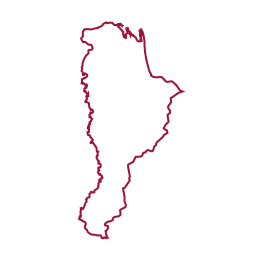 outline of Rincón, Treinta y Tres, Uruguay, rotated 264°
{"feature_id": "84410073B13933274344370", "entity_name": "Rincón", "entity_type": "district", "adm_level": 2, "iso_a3": "URY", "parent_name": "Uruguay", "parent_adm1": "Treinta y Tres", "projection": "natural_earth1", "projection_center": [-53.628, -32.866], "detail": "fine", "context": "isolated", "style": "outline", "palette": "rose", "viewbox_px": 256, "rotation_deg": 264, "n_neighbors": 0, "source": "geoboundaries", "source_scale": "gbopen_adm2", "svg_char_len": 5712}
<svg xmlns="http://www.w3.org/2000/svg" viewBox="0 0 256 256"><g transform="rotate(264 128 128)"><path d="M181.3,87.4L178.3,86.9L177.3,86.5L176.8,87.4L177.4,88.2L177.3,88.6L175.0,90.1L175.0,90.7L175.7,91.1L175.7,91.4L174.2,91.7L173.6,91.4L173.9,90.7L172.4,90.6L172.6,89.6L171.9,89.4L171.5,88.6L170.4,88.8L169.2,88.2L168.7,88.7L168.7,89.1L169.2,89.4L169.1,89.6L166.9,90.3L166.5,91.0L165.9,91.4L166.5,91.9L165.0,91.8L164.7,92.5L164.7,92.2L163.8,92.0L163.7,91.5L164.4,91.0L164.1,90.5L164.4,90.3L163.9,89.8L161.0,90.3L159.9,88.9L158.5,88.3L158.3,88.9L158.6,89.2L156.8,91.7L153.5,91.6L152.5,92.0L151.9,91.9L150.9,92.8L149.6,92.9L149.6,93.1L150.1,93.5L150.1,94.0L149.6,94.2L149.3,94.8L148.2,95.0L147.2,94.7L146.6,93.5L146.6,93.2L147.2,92.8L147.2,92.2L146.0,92.3L145.7,91.6L145.0,90.9L144.0,91.1L142.7,90.8L142.6,91.1L143.0,91.3L142.9,91.8L142.4,91.6L140.8,93.3L139.2,92.0L138.3,91.8L137.8,90.4L136.6,90.1L136.5,90.6L135.9,90.8L135.3,89.5L134.3,88.9L133.9,89.0L134.1,89.5L133.9,89.7L132.3,89.2L132.5,88.7L133.0,88.7L133.0,88.2L131.9,88.1L131.0,88.5L130.6,89.1L130.1,89.1L129.3,88.8L128.0,88.7L128.0,88.2L128.3,88.1L128.2,87.4L126.5,87.2L125.2,87.6L124.7,89.1L123.8,89.7L123.1,89.4L121.6,90.8L119.7,91.8L119.3,91.6L118.5,90.0L117.1,89.2L116.7,89.9L117.4,91.0L116.7,91.9L114.7,92.8L113.9,93.6L113.0,93.6L112.2,94.5L108.0,94.6L107.6,94.9L107.5,95.8L106.1,95.1L104.5,94.9L104.1,95.1L103.7,94.9L103.5,94.1L102.4,94.0L102.1,93.6L99.6,94.3L99.2,94.8L98.5,94.8L98.2,95.5L97.8,95.6L96.6,94.8L95.7,94.8L95.3,95.8L95.4,96.5L94.5,97.0L92.4,96.8L91.8,96.3L91.6,95.3L91.8,94.5L91.4,94.2L90.8,94.1L89.6,94.5L89.3,94.4L89.0,95.0L88.7,95.1L87.9,93.7L86.6,93.6L85.6,94.5L84.9,94.5L84.6,94.7L84.9,95.6L83.8,95.9L83.4,96.9L82.5,96.9L81.5,97.5L80.5,96.8L80.6,95.8L79.7,94.1L78.5,93.9L78.5,94.3L79.2,95.0L78.9,95.4L78.0,95.3L77.4,95.0L76.8,93.4L76.2,92.9L75.5,92.7L74.8,92.9L73.8,92.3L72.4,92.4L71.3,91.4L70.8,91.0L69.5,88.3L68.9,87.9L67.9,87.9L67.4,87.2L67.7,85.7L68.4,85.0L68.2,84.3L67.2,84.0L66.2,82.7L63.4,82.6L63.1,82.2L62.9,80.2L61.8,79.8L61.3,78.8L59.7,79.2L59.1,79.0L58.3,78.1L55.1,76.6L52.4,75.0L52.2,74.7L52.4,74.1L53.5,73.3L53.2,72.6L52.2,72.9L51.1,72.4L50.3,72.5L49.8,72.0L47.8,72.0L45.8,71.4L45.5,72.0L44.7,71.6L45.2,71.2L45.0,70.7L42.4,69.9L41.4,71.9L40.9,72.7L40.2,73.0L38.9,75.4L37.6,76.0L36.8,76.0L35.3,75.1L32.9,74.8L30.7,76.6L28.9,77.1L28.1,77.7L26.5,79.6L25.8,80.8L25.4,83.3L24.7,85.3L24.2,87.5L24.3,88.5L23.7,89.8L23.0,90.2L21.3,90.4L20.9,92.0L21.8,93.0L20.8,94.5L21.1,95.2L21.0,96.3L24.1,95.1L28.0,95.0L28.2,95.8L30.3,97.6L32.3,97.9L33.0,96.8L33.5,95.1L34.7,95.0L35.9,96.0L37.0,98.4L37.0,100.5L37.9,103.0L39.9,103.8L41.0,105.4L41.2,109.5L42.4,111.4L44.6,111.7L46.9,111.4L48.0,112.9L49.5,117.1L51.7,117.9L55.5,116.8L59.4,117.4L68.5,116.7L69.0,118.7L75.8,124.3L77.8,123.9L79.6,124.8L88.2,124.1L91.1,124.1L92.0,125.2L93.7,129.6L98.5,132.6L98.2,137.7L99.1,139.2L101.8,140.7L101.9,142.9L102.9,143.4L104.0,145.4L102.3,149.4L102.9,150.5L107.0,152.3L108.0,154.0L110.4,154.7L115.4,161.7L117.2,162.9L118.9,166.7L121.8,166.3L122.5,164.9L124.0,163.5L127.3,165.7L129.9,169.0L136.9,168.7L138.7,171.4L140.9,171.5L143.7,170.0L145.4,170.2L149.1,173.6L153.3,173.6L154.2,175.7L157.6,181.7L158.6,186.1L159.5,184.3L160.6,183.3L165.6,180.5L165.9,180.0L166.2,180.1L169.8,176.6L169.9,174.5L169.7,172.3L170.2,170.6L171.5,169.5L172.1,169.4L172.3,169.0L173.1,168.7L173.7,167.8L174.9,167.2L175.3,165.8L175.5,160.6L176.4,158.2L177.6,156.4L177.1,155.9L177.7,156.4L178.8,156.7L182.4,155.1L194.6,153.3L201.7,152.9L209.8,153.1L211.8,153.5L215.0,153.3L219.2,153.1L220.3,152.9L221.4,152.3L221.6,152.6L222.7,152.3L223.0,151.8L223.9,151.6L224.1,151.2L222.5,151.4L222.3,151.1L222.8,150.9L223.3,150.1L223.5,150.5L223.9,150.3L224.0,150.7L224.6,151.1L224.6,150.6L224.3,150.6L223.7,150.0L223.3,149.9L222.9,150.3L221.3,149.8L220.8,150.3L220.5,151.0L220.6,151.5L220.3,151.5L220.3,152.1L219.7,152.5L218.9,152.5L218.8,152.0L220.2,149.9L219.9,149.6L218.0,149.6L217.5,150.4L216.9,150.6L216.3,150.4L216.5,150.3L216.2,150.0L214.7,150.6L213.9,150.4L214.0,150.1L213.2,150.5L213.2,149.3L212.9,149.1L212.8,148.2L213.6,146.7L215.4,145.7L216.8,145.4L218.1,144.2L218.5,143.6L219.1,143.4L219.3,142.7L219.8,142.7L219.9,142.2L220.7,141.6L220.5,140.9L220.1,140.6L220.8,140.7L221.0,139.5L221.6,139.1L221.9,139.2L221.8,139.9L223.3,139.8L223.2,140.1L223.9,139.7L224.5,138.3L224.8,138.3L224.9,137.8L225.6,137.2L226.3,137.1L226.4,137.5L226.7,137.5L226.7,138.5L227.2,138.4L227.4,138.0L227.5,137.0L227.3,136.7L224.9,137.0L224.6,137.4L224.0,137.6L222.8,137.2L222.3,137.0L221.1,135.0L219.8,135.7L218.0,135.5L217.7,135.3L218.2,134.3L218.8,134.0L218.9,133.6L220.9,133.0L222.6,133.0L223.3,133.3L223.8,133.0L224.2,133.3L224.8,132.5L225.9,132.2L226.6,131.2L227.1,131.2L227.8,130.4L228.4,130.3L229.0,129.6L229.8,129.3L229.7,129.0L230.1,129.0L230.4,128.6L231.1,128.5L231.3,129.2L231.6,128.9L231.8,129.8L231.6,129.8L231.6,131.0L231.3,131.0L231.2,131.5L229.9,132.8L230.3,133.2L230.6,132.4L231.8,132.1L231.9,131.8L232.4,131.5L232.4,129.2L232.0,128.7L231.6,126.8L231.8,126.8L231.8,125.5L233.2,124.0L234.3,123.3L234.6,121.4L234.6,117.8L235.2,117.4L235.1,116.5L233.8,113.9L232.7,113.4L231.5,110.6L230.9,108.4L230.7,108.4L230.7,107.8L229.9,101.3L230.8,96.6L230.3,95.6L230.6,94.8L229.8,94.4L228.7,93.4L227.3,92.9L224.1,92.9L223.1,92.1L222.5,91.0L221.9,90.8L221.0,90.9L218.2,92.3L218.1,94.4L215.2,97.2L214.9,98.0L214.7,99.9L213.3,100.7L210.9,101.2L209.8,100.2L209.5,99.5L209.8,98.0L209.6,97.1L209.1,96.7L206.8,96.6L205.8,95.7L204.3,93.8L200.9,91.3L196.8,89.5L195.0,89.4L193.3,88.3L191.4,88.8L190.8,88.1L189.6,87.9L187.8,88.9L185.4,88.7L185.2,89.3L185.3,89.7L186.8,90.8L185.4,92.8L184.0,92.9L183.2,92.2L182.2,90.5L182.4,89.6L181.6,89.0L181.3,87.4Z" fill="none" stroke="#9f1239" stroke-width="2"/></g></svg>